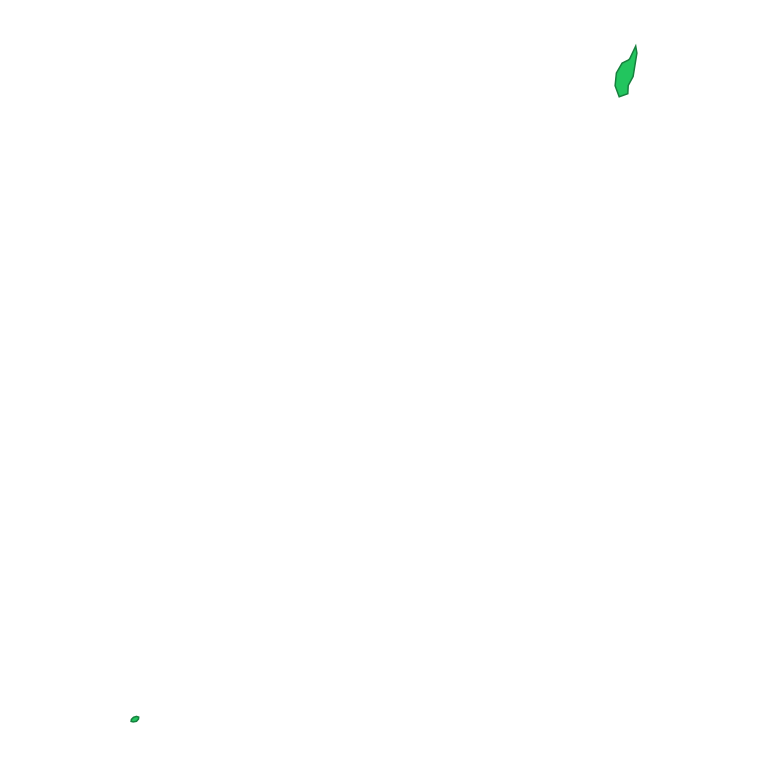 map outline of Palau (Albers equal-area conic projection)
{"feature_id": "PLW", "entity_name": "Palau", "entity_type": "country or territory", "adm_level": 0, "iso_a3": "PLW", "parent_name": "Oceania", "parent_adm1": "", "projection": "albers", "projection_center": [133.12, 5.367], "detail": "fine", "context": "isolated", "style": "filled", "palette": "green", "viewbox_px": 768, "rotation_deg": 0, "n_neighbors": 0, "source": "natural_earth", "source_scale": "50m", "svg_char_len": 373}
<svg xmlns="http://www.w3.org/2000/svg" viewBox="0 0 768 768"><path d="M627.8,93.7L619.2,96.8L615.1,85.7L616.4,73.0L622.1,63.1L628.4,60.0L629.7,58.8L635.7,46.1L636.9,53.1L633.1,76.5L628.2,85.5L627.8,93.7ZM136.5,721.3L133.2,721.9L131.1,721.4L131.4,719.4L133.5,717.3L136.5,716.4L138.7,717.1L138.5,719.0L136.5,721.3Z" fill="#22c55e" stroke="#15803d" stroke-width="1.5"/></svg>